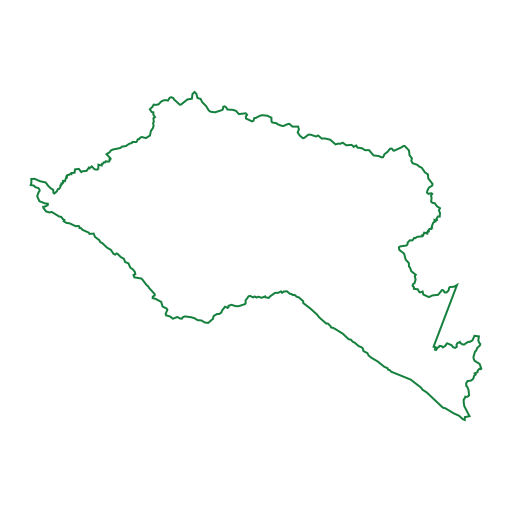 San Roque, Antioquia, Colombia (Albers equal-area conic projection)
{"feature_id": "7082276B69506367450690", "entity_name": "San Roque", "entity_type": "district", "adm_level": 2, "iso_a3": "COL", "parent_name": "Colombia", "parent_adm1": "Antioquia", "projection": "albers", "projection_center": [-74.951, 6.431], "detail": "fine", "context": "isolated", "style": "outline", "palette": "green", "viewbox_px": 512, "rotation_deg": 0, "n_neighbors": 0, "source": "geoboundaries", "source_scale": "gbopen_adm2", "svg_char_len": 6022}
<svg xmlns="http://www.w3.org/2000/svg" viewBox="0 0 512 512"><path d="M410.7,379.6L421.0,387.6L422.4,389.6L426.8,392.5L442.9,407.7L445.4,408.3L453.8,413.4L459.0,415.7L462.7,419.1L464.7,420.0L464.9,417.1L469.5,416.2L464.3,406.2L463.7,402.4L463.7,399.4L464.8,398.3L465.3,396.7L467.4,396.8L469.1,395.4L468.5,389.8L467.2,386.7L466.3,386.1L466.2,383.2L467.5,381.1L471.2,380.5L473.3,378.7L474.1,375.8L475.6,374.6L474.7,373.4L477.5,372.2L477.8,370.4L479.5,368.8L480.7,369.2L481.3,368.7L479.6,363.9L474.6,360.8L473.6,358.6L473.5,356.8L475.0,351.7L476.3,350.4L477.1,348.1L479.9,345.4L480.3,344.0L479.1,342.6L478.3,340.4L478.9,336.4L474.5,335.8L472.4,340.4L469.8,341.9L468.0,341.9L464.0,344.6L462.3,344.3L459.9,342.7L459.8,342.0L457.4,343.1L456.5,344.9L456.8,346.8L455.1,347.9L453.1,347.2L451.6,345.2L447.2,343.3L445.8,344.7L445.8,345.5L442.9,347.4L441.7,346.2L439.5,345.9L438.7,347.2L437.5,347.7L436.1,350.0L434.9,349.6L435.5,347.2L433.6,346.7L457.0,285.0L454.1,286.7L449.8,287.1L449.0,288.2L448.6,290.4L446.5,292.5L444.6,292.4L443.4,290.4L442.1,290.0L438.1,294.8L432.5,295.4L428.9,297.1L423.3,294.5L422.6,291.5L420.0,292.4L419.0,291.7L417.8,289.3L413.9,288.8L414.0,287.3L412.6,285.9L413.0,284.2L414.5,283.2L415.6,279.6L414.8,276.1L415.8,274.8L411.3,271.2L410.0,267.6L409.0,266.5L408.8,263.0L405.7,259.7L404.1,253.6L399.3,249.9L398.9,247.3L400.2,246.4L406.5,245.5L407.5,244.4L407.6,242.7L409.8,240.3L412.4,240.4L414.2,237.9L415.1,238.2L417.4,236.8L422.1,236.3L422.3,235.2L423.1,235.5L424.1,232.7L427.0,233.5L426.8,232.5L427.8,232.4L427.9,231.2L428.8,231.2L428.6,230.1L429.4,229.0L431.4,228.9L431.5,227.8L432.1,227.7L431.8,226.4L433.2,222.7L434.4,222.0L434.5,220.1L435.7,221.0L436.0,220.1L437.0,219.9L436.5,218.7L437.9,216.5L439.7,216.6L440.0,213.1L438.9,210.4L440.0,208.2L437.1,206.4L434.7,203.2L432.5,202.9L431.1,201.6L431.6,197.9L431.0,195.9L432.2,193.8L431.2,193.2L428.5,193.9L427.0,192.7L427.4,190.6L428.9,187.6L432.2,185.6L432.6,184.0L428.3,178.5L427.9,174.4L424.9,172.3L421.8,167.8L418.8,166.3L417.4,164.9L412.6,163.2L411.3,160.7L411.9,158.3L409.5,155.2L409.0,150.5L404.8,146.1L403.4,146.0L401.6,147.3L394.1,150.7L393.4,150.6L391.8,148.6L389.9,148.8L387.6,151.8L384.4,154.3L383.2,157.1L381.6,157.4L378.7,156.0L373.5,155.4L369.0,150.1L365.0,150.2L361.8,148.2L357.4,147.6L356.2,145.5L353.6,146.9L352.7,145.6L351.3,144.9L346.3,145.3L342.7,142.7L340.2,143.8L338.2,143.6L335.6,144.4L330.2,139.7L324.6,138.4L321.8,138.6L318.1,135.5L316.0,136.5L310.7,134.7L308.3,134.7L304.4,137.8L302.9,138.2L299.8,135.6L297.7,132.4L298.9,129.4L298.1,126.6L292.4,126.6L289.4,123.9L287.7,124.1L283.4,126.0L281.6,125.8L277.1,124.0L276.5,123.2L272.3,122.5L271.5,121.4L271.4,117.7L267.3,115.7L262.0,115.2L259.6,115.9L255.9,117.9L254.3,118.1L253.4,120.8L252.1,121.4L246.0,118.5L245.9,116.4L247.1,114.8L245.7,113.3L238.9,114.1L235.9,110.8L233.1,109.9L227.4,109.5L225.9,107.1L224.4,106.3L223.3,106.8L222.7,109.6L221.6,110.2L215.1,112.3L210.8,111.8L208.8,110.5L206.1,106.1L202.2,102.1L200.6,98.9L197.5,98.0L196.3,93.7L194.5,92.0L192.5,94.0L191.9,98.7L187.5,99.4L180.8,104.7L179.7,104.6L174.0,99.4L173.4,98.1L171.2,97.2L169.6,97.9L167.9,100.6L165.6,100.1L163.5,100.4L161.0,101.7L158.5,104.4L155.6,104.9L153.7,104.6L152.4,106.9L149.8,109.3L151.8,112.1L153.4,112.3L153.3,114.6L155.0,117.1L153.4,118.3L153.8,121.8L153.1,123.2L153.6,125.8L152.8,128.3L150.9,130.9L150.0,135.5L145.9,138.1L141.8,137.0L140.2,137.7L139.2,139.1L137.8,139.3L136.9,141.4L136.0,142.1L132.5,141.9L131.8,143.0L129.2,143.8L125.8,146.1L122.0,146.6L120.3,148.0L113.0,149.5L110.8,150.5L109.9,152.0L106.5,154.2L110.6,158.5L110.4,159.3L109.5,159.5L109.7,160.3L108.8,161.7L105.7,161.3L105.3,162.3L103.9,162.3L103.2,163.5L102.1,163.7L101.7,165.5L98.4,164.7L98.3,168.8L97.3,169.6L94.7,169.4L91.7,166.4L89.6,168.3L88.9,167.6L86.5,170.9L82.4,171.3L81.3,172.1L78.8,168.9L75.0,169.4L74.6,172.7L71.6,173.0L71.4,174.1L70.5,173.7L69.3,174.8L67.9,174.9L67.0,175.8L66.9,177.7L66.4,177.9L66.2,177.3L64.9,181.2L63.7,180.9L63.4,181.6L63.0,181.4L63.1,182.8L62.3,183.0L62.2,183.7L61.4,183.6L61.3,185.0L60.4,185.4L60.5,186.7L59.2,188.8L57.9,189.1L56.7,191.5L54.2,193.5L53.4,192.7L53.2,189.7L51.3,188.8L48.4,186.1L45.7,182.5L40.0,181.2L34.5,178.8L31.3,179.0L31.4,182.5L30.7,185.1L33.9,185.6L35.1,187.0L38.5,188.2L39.4,189.3L39.6,190.9L38.4,192.6L37.2,196.3L39.4,201.2L45.0,203.4L47.8,203.7L47.9,204.9L45.3,206.5L43.2,206.8L43.4,208.0L46.2,211.5L49.7,212.5L51.6,211.9L59.3,216.6L61.1,216.8L62.9,219.1L64.4,220.0L63.7,221.2L66.4,222.9L69.5,223.3L75.9,226.3L77.8,225.9L79.2,226.3L79.5,228.0L81.1,228.2L82.4,229.8L88.7,232.6L89.5,233.9L93.7,233.6L94.9,236.8L99.3,240.2L100.4,242.2L102.3,243.1L107.1,247.7L110.8,249.8L113.5,253.8L115.2,254.6L116.5,253.5L117.3,253.6L120.7,257.0L123.9,258.8L125.1,262.0L128.4,263.3L130.3,267.6L133.0,269.5L134.8,271.9L135.3,274.2L133.5,275.0L134.4,277.4L141.3,278.5L142.2,279.3L146.6,285.1L148.3,286.4L148.8,287.6L154.6,294.0L154.7,295.4L152.8,296.6L152.7,298.2L155.2,298.7L161.2,301.9L162.6,306.6L166.5,308.4L167.4,309.8L165.6,313.9L166.0,315.3L170.1,316.5L172.9,318.7L177.4,317.0L180.1,318.5L181.8,318.7L182.9,317.2L184.9,316.4L191.5,317.3L194.8,318.4L197.5,320.1L201.6,320.5L204.7,322.5L208.2,322.9L213.0,318.8L213.4,316.5L214.1,315.7L217.1,314.0L219.2,314.0L221.3,312.6L222.2,310.3L225.1,306.7L227.7,307.9L228.4,307.4L228.5,305.8L231.5,304.8L235.8,306.2L238.7,306.2L245.0,304.1L245.6,303.3L245.6,300.4L248.6,296.3L250.1,295.9L253.1,297.4L254.7,296.5L256.6,297.5L258.3,296.7L261.7,297.8L265.1,296.4L265.4,297.3L268.8,297.9L270.2,296.3L275.0,292.9L278.2,292.8L281.0,291.4L282.1,292.8L283.8,291.5L286.9,291.3L289.9,293.8L291.4,294.0L292.9,295.1L294.6,294.9L296.8,296.8L298.7,297.3L303.1,301.1L303.3,303.1L310.2,308.4L317.3,314.8L319.0,317.2L326.3,323.6L327.8,323.5L330.5,326.1L331.0,327.4L333.7,328.1L342.8,333.7L348.6,339.2L350.9,339.7L352.9,341.9L354.5,342.5L358.8,346.2L361.5,347.2L362.8,348.4L363.5,351.1L367.4,353.1L368.6,355.5L371.3,357.7L377.7,361.5L384.3,366.8L387.5,368.2L388.1,369.6L389.8,370.2L391.2,371.7L410.7,379.6Z" fill="none" stroke="#15803d" stroke-width="2"/></svg>